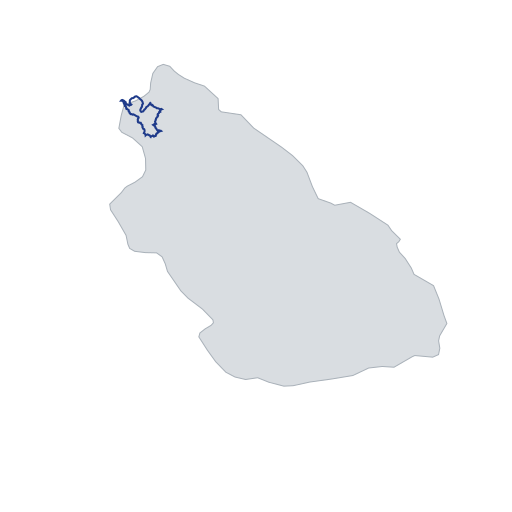 location of Merak, Tashigang, Bhutan, rotated 220°
{"feature_id": "84629894B35565609446545", "entity_name": "Merak", "entity_type": "district", "adm_level": 2, "iso_a3": "BTN", "parent_name": "Bhutan", "parent_adm1": "Tashigang", "projection": "albers", "projection_center": [91.904, 27.249], "detail": "fine", "context": "in_parent", "style": "outline", "palette": "blue", "viewbox_px": 512, "rotation_deg": 220, "n_neighbors": 0, "source": "geoboundaries", "source_scale": "gbopen_adm2", "svg_char_len": 6755}
<svg xmlns="http://www.w3.org/2000/svg" viewBox="0 0 512 512"><g transform="rotate(220 256 256)"><path d="M400.2,223.7L399.5,226.8L396.1,234.9L393.9,243.8L395.7,251.0L403.3,259.7L413.4,266.6L426.4,267.1L438.3,264.5L443.1,265.6L449.6,277.1L454.2,287.1L448.0,297.4L444.5,306.4L443.3,312.8L444.1,315.6L447.9,320.8L452.4,329.6L453.1,337.8L450.2,343.2L444.0,345.9L437.5,345.1L432.0,345.2L425.2,346.1L414.6,349.1L404.7,353.0L386.2,352.2L378.8,344.2L375.3,344.1L358.3,354.5L340.0,352.5L306.4,355.8L292.4,356.4L278.1,355.2L270.8,352.9L257.4,345.4L245.2,339.9L232.7,344.6L228.3,345.5L218.1,357.9L196.4,361.7L174.7,364.4L168.4,362.6L156.2,361.6L155.8,358.7L156.3,355.8L153.5,353.5L148.6,351.1L140.2,350.0L129.3,346.6L123.1,343.5L100.9,347.4L88.1,340.6L73.7,331.2L66.4,327.0L64.0,312.9L61.6,308.4L55.9,303.5L52.8,297.8L55.6,292.1L70.4,281.8L71.6,279.3L78.8,259.5L88.3,252.5L97.7,242.6L105.0,226.7L118.8,210.6L133.8,194.0L144.2,180.5L151.0,174.2L164.9,167.6L176.5,163.8L184.6,154.7L194.3,149.8L204.3,147.6L218.9,149.1L232.7,152.6L247.8,157.3L249.5,161.0L248.1,167.6L245.8,174.1L245.7,177.5L248.0,179.4L262.8,180.9L281.0,180.0L291.2,181.0L313.9,187.3L320.5,191.7L327.4,195.0L334.2,194.5L342.9,187.5L352.0,181.6L357.6,180.6L361.6,182.6L368.8,188.3L383.8,193.8L397.1,197.9L401.4,201.7L399.9,218.2L400.2,223.7Z" fill="#d9dde1" stroke="#a8b0b8" stroke-width="1"/><path d="M422.6,307.9L423.0,307.9L423.4,307.3L423.8,306.8L424.0,306.8L424.3,306.8L425.1,306.4L425.6,306.3L426.0,306.2L426.6,305.7L427.0,305.4L427.4,305.5L427.8,305.4L428.2,305.4L428.4,305.4L429.2,305.0L429.8,304.9L430.0,304.8L430.3,304.7L430.6,304.6L430.9,304.7L431.1,304.8L431.3,304.9L431.6,305.0L431.9,305.1L432.1,305.1L432.0,304.8L432.1,304.7L432.3,304.7L432.5,304.5L432.9,304.6L433.2,304.4L433.7,304.5L433.9,304.6L434.5,304.9L434.8,305.2L435.0,305.3L435.4,305.3L435.4,304.9L435.2,304.4L435.1,304.1L435.0,303.6L435.1,303.4L435.3,303.2L435.2,302.8L435.2,302.7L435.2,301.1L435.5,300.2L435.7,299.8L435.7,299.1L435.4,298.6L435.4,298.3L435.4,296.8L435.6,296.6L435.6,296.1L435.6,295.8L435.4,295.3L435.4,295.1L435.5,294.0L435.7,293.9L435.9,293.6L436.5,292.6L437.5,292.8L437.9,292.9L438.2,293.1L438.6,293.6L438.9,294.4L438.9,294.9L438.9,295.1L439.2,295.7L439.4,296.0L439.2,296.8L439.3,297.0L439.6,297.5L439.9,298.1L440.2,298.3L440.4,298.5L440.5,299.0L440.5,299.3L440.4,299.6L440.5,299.9L440.6,300.2L441.5,300.7L441.9,301.1L443.1,301.5L443.3,301.7L443.9,301.7L444.5,301.8L444.8,301.7L445.2,301.8L445.8,301.7L446.2,301.8L446.8,301.9L447.3,301.9L447.8,301.7L448.3,301.8L449.4,301.7L449.6,301.7L450.0,301.5L450.3,301.5L450.7,301.1L450.9,300.5L451.1,300.3L451.3,300.1L451.3,299.9L451.2,299.7L451.2,299.2L451.4,299.0L451.5,298.3L451.7,297.8L452.0,297.6L452.4,297.3L452.5,297.1L452.6,296.7L452.6,296.2L452.7,295.8L452.7,295.0L452.8,294.8L452.8,294.5L452.7,294.2L452.4,293.6L452.1,293.4L451.9,293.2L451.5,292.7L451.3,292.3L451.2,292.1L450.7,292.1L450.0,291.9L449.5,291.8L448.8,291.9L448.8,291.6L449.1,291.1L449.3,291.0L449.5,290.9L449.6,290.7L449.6,290.0L450.0,290.0L450.1,289.9L450.3,289.7L450.4,289.8L450.5,289.7L450.8,289.7L451.0,289.6L451.4,289.6L451.5,289.5L452.2,289.0L452.5,289.0L452.8,288.9L453.0,288.7L453.3,288.7L453.4,288.9L453.4,289.0L453.8,289.4L454.0,289.5L454.3,289.6L454.4,289.8L454.6,289.9L454.7,290.0L454.9,289.9L455.0,289.9L455.1,290.0L455.4,290.0L455.5,289.9L455.8,290.0L456.0,290.0L456.7,290.1L456.8,290.0L457.0,290.0L457.2,289.8L457.5,289.8L457.8,289.9L458.0,289.8L458.2,289.7L458.6,289.7L458.8,289.5L458.8,289.4L459.0,289.2L459.0,288.8L459.2,288.7L459.2,288.2L458.7,288.6L458.2,289.0L457.4,289.0L456.7,288.8L456.3,288.8L456.0,288.4L455.5,288.2L455.3,287.9L454.5,287.7L454.1,287.4L453.7,287.3L453.4,287.1L453.1,286.8L452.8,286.6L452.4,286.8L452.2,286.8L451.7,286.8L451.6,286.7L451.4,286.5L451.1,286.4L450.9,286.2L450.6,286.2L450.4,286.0L450.2,285.9L449.9,285.6L449.9,285.4L449.5,285.4L449.3,285.5L449.2,285.6L449.2,285.8L448.2,285.9L447.9,285.8L447.6,285.9L447.4,286.0L446.9,285.7L446.8,285.4L446.7,285.3L446.6,285.0L446.3,284.8L446.1,284.8L445.6,285.0L445.2,284.9L444.9,284.7L444.6,284.3L444.4,284.4L444.1,284.4L443.7,284.2L443.3,284.0L443.0,284.2L442.8,284.6L442.7,284.7L442.1,284.9L441.6,284.8L441.4,284.9L441.3,285.2L441.1,285.3L441.1,285.6L440.9,285.8L440.0,285.9L439.4,286.1L438.7,286.1L437.9,286.3L437.5,286.3L436.8,286.5L436.4,286.8L436.0,287.0L435.9,287.0L435.7,286.9L435.4,286.8L435.2,286.8L435.2,286.7L435.0,286.4L434.7,286.2L434.8,285.6L434.5,285.0L434.4,284.8L434.4,284.6L434.2,284.4L434.0,284.2L433.8,284.1L433.7,284.1L433.4,283.6L433.3,283.3L432.8,283.0L432.3,282.6L432.0,282.6L431.8,282.7L431.5,283.2L431.2,283.2L430.7,283.2L430.4,283.5L430.2,283.8L429.9,284.0L428.8,283.5L428.6,283.4L428.5,283.2L428.2,283.2L427.9,283.3L427.2,283.3L427.1,283.0L426.8,282.7L426.7,282.5L426.0,282.3L425.9,282.0L425.7,281.8L425.7,281.6L425.3,281.4L425.0,281.3L424.4,281.0L424.1,280.9L423.8,281.2L423.4,281.3L423.2,281.2L422.9,281.2L422.7,281.0L422.3,280.8L421.9,280.4L421.8,280.2L421.5,279.9L421.1,279.0L421.0,278.8L421.0,278.2L420.9,278.0L420.7,278.1L420.3,278.2L420.1,278.2L419.6,278.1L419.1,278.2L418.8,278.1L418.7,278.1L418.3,277.6L418.1,277.4L418.0,278.3L417.4,278.9L417.0,279.4L417.0,279.6L416.2,279.7L415.7,279.7L415.5,279.8L415.1,279.9L415.0,280.1L414.2,279.9L413.6,279.6L413.4,279.5L413.2,279.5L413.4,280.1L413.4,280.3L412.8,281.0L412.5,281.3L412.4,281.6L412.4,282.1L411.3,282.0L410.9,281.9L410.8,282.5L410.7,282.8L410.2,283.2L410.0,283.4L410.0,283.6L410.4,284.0L410.4,284.4L410.6,284.4L410.7,284.8L410.8,285.0L410.9,285.3L410.8,285.6L410.9,285.9L410.7,286.3L410.5,286.6L410.7,286.9L410.7,287.0L410.4,287.6L410.2,288.2L410.2,288.6L410.3,288.8L410.2,288.9L409.8,289.7L409.6,290.0L409.2,290.5L409.0,290.8L409.4,290.8L409.7,290.6L410.4,290.2L410.9,290.0L411.3,289.9L411.4,289.5L411.6,288.8L411.7,288.7L411.8,288.7L413.1,289.0L413.4,289.1L413.6,289.3L414.1,289.3L414.5,289.6L415.2,289.5L415.7,289.9L415.9,289.9L416.0,290.1L416.4,290.2L416.6,290.4L416.7,290.6L417.0,290.7L417.9,290.4L418.1,290.3L418.7,290.3L419.1,290.3L418.8,291.0L418.7,291.9L418.6,292.2L418.5,292.3L418.3,292.4L417.9,292.5L417.5,292.8L417.4,293.0L418.4,293.3L418.9,293.5L419.1,293.6L419.8,294.1L419.9,294.6L419.9,294.9L420.0,295.2L420.1,295.5L420.4,295.7L420.5,296.4L420.9,296.9L420.8,297.2L420.8,297.3L421.0,297.5L421.1,297.9L421.1,298.3L421.1,298.8L420.9,299.1L420.9,299.6L421.0,299.8L421.1,300.3L421.3,300.7L421.9,300.6L422.1,300.8L422.1,301.1L422.5,301.6L422.5,301.8L422.4,302.2L422.3,302.4L422.3,302.7L422.3,302.8L422.2,303.1L422.4,303.4L422.5,303.6L422.5,303.8L422.3,304.3L422.1,304.5L422.0,304.8L422.4,304.8L422.7,304.6L422.8,304.6L422.8,304.9L422.7,305.2L422.7,305.4L422.9,305.6L423.0,305.7L423.1,305.9L423.2,306.0L423.1,306.5L422.6,307.2L422.7,307.8L422.6,307.9Z" fill="none" stroke="#1e3a8a" stroke-width="2"/></g></svg>